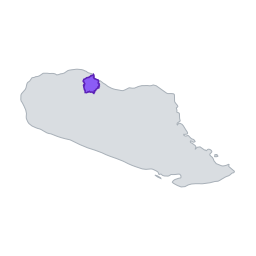 Manja, Menabe, Madagascar shown in context, rotated 94°
{"feature_id": "10022922B70385192089273", "entity_name": "Manja", "entity_type": "district", "adm_level": 2, "iso_a3": "MDG", "parent_name": "Madagascar", "parent_adm1": "Menabe", "projection": "mercator", "projection_center": [44.3, -21.407], "detail": "fine", "context": "in_parent", "style": "filled", "palette": "violet", "viewbox_px": 256, "rotation_deg": 94, "n_neighbors": 0, "source": "geoboundaries", "source_scale": "gbopen_adm2", "svg_char_len": 6041}
<svg xmlns="http://www.w3.org/2000/svg" viewBox="0 0 256 256"><g transform="rotate(94 128 128)"><path d="M168.7,24.4L169.4,26.1L170.2,27.6L172.8,31.4L173.9,32.9L174.8,34.5L175.3,37.6L176.9,42.4L178.4,49.7L178.9,57.1L179.4,60.6L180.5,63.8L182.5,67.1L183.1,70.9L181.9,74.7L180.2,78.4L179.8,79.1L179.0,80.0L178.6,79.9L177.2,79.0L176.1,77.5L174.6,73.9L174.1,72.0L173.5,71.7L171.9,71.9L170.6,73.0L170.4,73.8L170.7,75.8L171.1,77.6L171.3,79.5L171.4,81.8L171.8,82.5L172.5,83.1L173.2,84.7L173.3,88.4L172.9,90.2L171.7,91.8L171.8,92.7L172.2,93.6L171.8,94.1L170.2,94.8L169.6,95.4L168.7,97.1L167.4,100.4L167.2,102.1L168.0,107.2L167.8,110.9L166.0,117.9L165.0,121.3L163.6,125.3L161.4,130.6L159.3,137.2L157.4,144.1L156.1,148.2L154.5,152.3L152.4,159.5L150.6,166.8L147.9,174.9L144.2,184.0L143.8,185.2L143.1,189.8L142.3,193.9L141.3,197.9L139.2,204.5L139.0,206.6L138.5,208.6L136.5,212.8L135.7,214.3L135.1,216.0L134.7,218.1L134.1,220.1L132.7,223.9L130.5,227.1L129.0,228.3L125.8,230.0L124.2,230.3L120.6,230.3L117.1,231.3L113.5,233.2L110.0,235.3L108.7,236.4L107.2,236.9L102.6,237.1L101.2,236.6L96.6,233.1L94.8,232.5L91.4,232.0L90.4,231.7L89.5,231.2L88.1,229.4L85.4,227.8L84.7,227.4L84.3,226.3L84.1,225.1L83.3,223.8L82.8,221.4L81.9,219.7L79.4,216.6L79.2,215.7L79.0,212.5L79.1,210.3L78.8,206.4L79.1,204.5L80.0,202.8L79.6,201.0L78.7,199.1L78.3,197.1L77.6,195.4L75.0,192.1L74.4,190.6L74.0,188.9L73.0,183.8L72.9,182.1L73.0,178.3L73.4,176.4L74.0,175.1L74.2,174.1L74.6,173.2L75.2,172.5L75.6,171.7L76.6,166.9L77.8,165.9L79.7,165.3L81.2,164.0L82.0,162.4L82.9,158.9L85.2,155.5L86.0,153.7L87.9,151.0L89.5,147.2L90.0,145.4L90.4,143.5L90.8,139.5L91.1,137.5L91.1,135.6L90.1,133.5L87.9,129.8L87.8,129.2L88.0,126.4L87.8,124.4L86.9,122.5L85.9,120.6L84.8,117.2L84.3,111.5L84.4,109.4L84.1,107.6L83.3,105.8L83.9,102.8L90.6,91.8L90.9,90.5L90.6,87.2L90.7,85.2L91.0,84.5L91.5,84.1L92.6,83.9L98.1,83.4L98.8,83.1L100.1,82.1L102.0,80.3L102.9,79.8L103.6,80.0L104.1,80.8L104.7,81.2L106.9,80.4L107.7,80.4L108.6,80.5L109.0,79.8L109.2,78.8L109.6,78.1L110.2,77.7L113.0,77.4L114.8,77.2L117.1,76.5L117.6,76.6L119.5,79.1L120.1,79.3L120.8,79.4L121.5,79.0L119.9,77.7L119.7,76.9L119.8,76.1L120.6,74.3L122.0,72.9L125.0,70.8L128.2,68.4L129.1,68.2L129.9,68.6L130.5,71.5L130.4,71.9L130.9,72.0L131.5,71.6L132.0,70.5L132.0,69.6L131.6,68.6L131.4,67.9L131.4,67.2L133.0,65.5L134.3,63.9L134.8,62.0L135.4,61.1L136.7,60.1L137.1,60.3L137.4,61.1L137.6,61.9L137.2,62.8L136.7,63.6L136.5,64.7L137.3,64.9L138.0,64.7L139.0,62.6L140.2,60.7L140.9,59.7L141.8,59.0L143.3,59.2L144.7,59.6L142.4,57.6L141.8,54.8L144.6,50.1L144.6,49.1L145.0,48.8L145.2,48.4L143.7,46.8L143.5,46.0L143.7,44.8L144.3,43.7L145.0,43.0L145.9,42.7L146.6,43.1L148.1,44.4L149.1,44.6L150.4,43.3L151.4,41.8L153.0,40.7L154.7,40.0L157.4,37.5L159.1,32.3L159.3,30.8L158.9,29.0L158.3,27.2L157.2,25.1L157.5,24.6L159.0,24.9L159.5,24.6L161.0,22.6L163.7,18.9L164.5,18.9L165.3,19.6L165.5,20.6L166.1,21.4L167.8,23.1L168.7,24.4ZM150.5,39.0L150.5,39.6L148.5,39.4L148.2,37.4L149.1,37.3L149.4,36.5L150.0,36.4L150.6,38.2L150.5,39.0ZM174.8,95.0L173.1,97.9L173.6,95.5L175.5,91.9L176.1,91.7L174.8,95.0Z" fill="#d9dde1" stroke="#a8b0b8" stroke-width="1"/><path d="M95.9,164.5L95.7,164.4L95.3,164.2L95.0,164.1L94.9,164.0L94.8,163.9L94.7,163.9L94.4,163.9L94.2,164.0L93.9,164.3L93.7,164.2L93.6,164.3L93.4,164.3L93.3,164.2L93.1,164.0L93.1,163.9L93.2,163.6L93.2,163.3L93.1,163.2L92.9,163.1L92.8,162.9L92.6,162.9L92.3,162.8L92.2,162.8L92.0,162.7L91.9,162.7L91.7,162.6L91.5,162.4L91.4,162.3L91.4,162.2L91.1,161.8L90.9,161.7L90.7,161.5L90.6,161.4L90.5,161.2L90.4,161.1L90.2,161.0L90.2,160.9L90.1,160.7L90.2,160.4L90.0,160.2L89.8,160.0L89.7,160.0L89.7,159.9L89.5,160.0L89.4,160.0L89.2,160.1L89.0,160.3L88.9,160.3L88.8,160.2L88.8,160.3L88.8,160.2L88.7,160.2L88.7,160.3L88.6,160.2L88.4,160.1L88.2,160.0L88.0,159.9L87.8,159.9L87.7,159.6L87.1,159.8L86.8,160.0L86.7,159.9L86.4,159.8L86.3,159.7L86.2,159.8L85.8,159.9L85.7,160.0L85.4,160.5L85.3,160.9L85.2,161.0L84.9,160.9L84.7,160.8L83.9,160.6L83.6,160.5L83.4,160.7L83.2,160.7L82.9,160.9L82.6,161.0L82.4,161.0L82.2,161.2L82.1,161.6L82.0,161.9L82.0,162.1L81.8,162.9L81.7,163.0L81.6,163.3L81.4,163.7L81.3,164.1L81.2,164.5L81.2,164.8L81.1,165.0L80.9,165.1L80.6,165.4L80.3,165.6L80.1,165.6L79.9,165.8L79.8,165.7L79.5,165.5L79.3,165.5L79.0,165.5L78.9,165.6L78.7,165.7L78.6,165.8L78.5,165.7L78.4,165.7L78.2,165.7L77.9,165.8L77.7,165.7L77.5,165.8L77.3,165.9L77.2,166.0L77.3,166.0L77.4,166.3L77.5,166.3L77.7,166.5L77.9,166.8L78.1,167.0L78.1,167.3L78.0,167.6L78.1,167.8L78.2,168.0L78.2,168.3L78.3,168.3L78.5,168.4L78.7,168.5L78.7,168.8L78.8,168.8L79.0,169.0L79.2,169.3L79.3,169.4L79.4,169.7L79.8,170.0L80.0,170.4L80.2,170.5L80.2,170.8L80.3,170.8L80.3,171.2L80.5,171.5L80.6,172.2L80.7,172.7L80.8,172.8L81.1,173.1L81.3,173.3L81.4,173.5L81.8,174.0L82.0,174.3L82.2,174.6L82.3,174.7L82.4,175.0L82.4,175.3L82.5,175.4L82.6,175.5L82.9,175.5L83.1,175.5L83.3,175.6L83.5,175.8L84.1,176.0L84.5,176.0L84.7,175.9L84.9,175.8L85.0,175.7L85.1,175.4L85.3,175.0L85.5,174.9L85.8,174.9L86.0,174.9L86.2,174.7L86.3,174.6L86.6,174.3L86.8,174.2L87.0,174.2L87.1,174.3L87.4,174.4L87.5,174.4L87.7,174.6L87.8,174.9L87.9,175.1L88.0,175.2L88.3,175.1L88.4,174.8L88.4,174.5L88.5,174.5L88.8,174.7L88.9,174.8L89.0,175.0L88.9,175.0L89.0,175.2L89.4,174.9L89.5,174.8L89.9,174.8L90.0,174.9L90.6,174.8L90.8,174.8L91.0,174.7L91.3,174.6L91.8,174.4L92.0,174.3L92.2,174.2L92.4,174.1L92.5,174.1L92.8,174.2L93.1,174.0L93.1,173.9L93.2,173.7L93.3,173.5L93.5,173.4L94.2,173.3L94.6,173.3L94.8,173.3L95.0,173.3L95.4,173.2L95.6,173.2L95.6,172.8L95.6,172.7L95.7,172.2L95.7,171.9L95.6,171.7L95.4,171.4L95.4,171.5L95.4,171.3L95.3,171.1L95.2,171.0L95.0,170.8L94.9,170.7L94.8,170.4L94.7,170.4L94.6,170.2L94.8,170.0L94.6,169.8L94.6,169.7L94.6,169.4L94.6,169.2L94.6,168.9L94.6,168.7L94.7,168.4L94.8,168.4L94.7,168.4L94.8,168.3L94.8,168.2L94.9,167.9L94.8,167.7L94.8,167.4L94.8,167.2L94.7,167.1L94.7,166.9L94.6,166.6L94.6,166.4L94.7,166.0L94.7,165.9L94.8,165.8L94.9,165.7L94.9,165.8L95.0,165.7L95.1,165.4L95.1,165.2L95.5,165.1L95.8,164.7L95.9,164.5Z" fill="#8b5cf6" stroke="#5b21b6" stroke-width="1.5"/></g></svg>